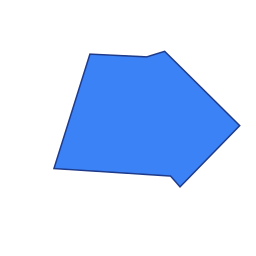 the district of 44, Ad Dawhah, Qatar, rotated 134°
{"feature_id": "91078587B22433394531175", "entity_name": "44", "entity_type": "district", "adm_level": 2, "iso_a3": "QAT", "parent_name": "Qatar", "parent_adm1": "Ad Dawhah", "projection": "albers", "projection_center": [51.528, 25.245], "detail": "fine", "context": "isolated", "style": "filled", "palette": "blue", "viewbox_px": 256, "rotation_deg": 134, "n_neighbors": 0, "source": "geoboundaries", "source_scale": "gbopen_adm2", "svg_char_len": 269}
<svg xmlns="http://www.w3.org/2000/svg" viewBox="0 0 256 256"><g transform="rotate(134 128 128)"><path d="M48.7,49.3L48.7,49.9L47.4,154.9L63.9,164.0L101.3,206.7L208.6,153.1L133.0,64.0L134.2,49.7L48.7,49.3Z" fill="#3b82f6" stroke="#1e3a8a" stroke-width="1.5"/></g></svg>